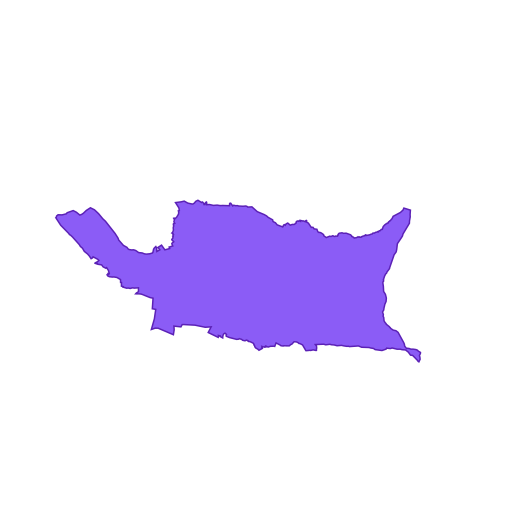 Miercurea Ciuc, Harghita, Romania (Equal Earth projection), rotated 209°
{"feature_id": "2599482B30524546463793", "entity_name": "Miercurea Ciuc", "entity_type": "district", "adm_level": 2, "iso_a3": "ROU", "parent_name": "Romania", "parent_adm1": "Harghita", "projection": "equal_earth", "projection_center": [25.758, 46.338], "detail": "fine", "context": "isolated", "style": "filled", "palette": "violet", "viewbox_px": 512, "rotation_deg": 209, "n_neighbors": 0, "source": "geoboundaries", "source_scale": "gbopen_adm2", "svg_char_len": 6126}
<svg xmlns="http://www.w3.org/2000/svg" viewBox="0 0 512 512"><g transform="rotate(209 256 256)"><path d="M149.9,369.6L149.7,367.5L150.8,364.1L155.3,357.2L155.1,354.4L155.4,353.9L155.6,352.0L156.1,351.5L156.2,350.7L156.6,350.1L156.4,349.0L157.2,348.4L157.2,347.8L158.1,346.7L158.1,346.3L158.4,345.9L159.0,343.5L158.5,340.5L159.3,340.0L159.7,338.3L160.3,337.9L160.7,337.2L160.6,336.5L161.5,336.3L161.7,335.6L162.8,334.8L163.6,333.4L164.8,332.8L165.2,331.4L166.0,330.8L166.9,329.6L168.8,328.0L170.3,327.6L170.0,327.1L170.6,326.9L171.2,326.3L171.2,325.9L172.2,325.2L172.4,324.6L173.2,324.0L173.2,323.3L174.3,322.7L174.7,322.9L175.3,322.3L176.1,322.3L176.3,321.7L177.4,320.4L178.6,319.6L178.8,319.3L179.8,319.7L181.8,319.5L182.1,320.0L183.6,320.4L188.1,319.7L190.6,318.2L192.0,318.0L194.1,316.4L194.5,315.8L194.6,315.2L194.3,314.4L194.7,313.9L194.3,313.0L194.5,312.7L196.1,312.0L196.4,311.4L197.2,311.0L198.6,311.0L199.9,309.4L201.1,309.1L203.5,306.2L206.6,306.6L206.9,307.2L208.0,307.6L210.1,307.8L211.7,307.6L212.3,307.1L213.7,307.2L215.7,308.9L218.3,307.9L220.0,308.7L221.1,308.2L221.5,307.8L226.0,310.1L227.4,310.3L228.6,310.2L228.8,311.4L229.3,311.5L229.6,310.9L229.1,310.6L229.5,309.9L231.8,309.6L232.5,309.0L232.8,309.1L234.6,308.6L234.1,307.9L234.9,307.9L235.5,307.5L235.5,307.1L236.6,306.8L237.1,306.2L237.4,305.7L236.9,304.3L237.4,303.7L237.5,302.7L237.9,302.1L239.6,301.2L241.0,299.6L244.2,300.2L245.2,298.8L245.4,297.0L246.4,297.2L246.7,296.8L246.9,295.9L246.6,295.1L246.7,294.4L247.3,294.3L252.6,293.5L255.1,294.5L257.8,294.4L259.0,295.7L264.2,295.7L266.2,296.2L269.0,296.2L276.4,295.4L283.4,297.0L286.9,294.8L287.8,295.0L289.1,294.8L291.5,293.2L295.4,291.3L296.6,291.1L298.2,290.1L300.1,289.6L300.6,288.5L303.7,289.9L304.2,289.7L304.5,289.2L303.6,287.1L309.5,284.1L311.8,282.7L314.6,281.7L317.8,279.6L321.6,278.5L324.1,276.9L324.8,278.5L325.5,279.2L325.8,278.9L326.1,277.5L325.7,276.3L326.3,275.8L327.2,276.6L328.6,277.2L329.2,277.2L329.5,276.4L333.8,276.6L335.2,274.6L335.6,272.3L336.4,270.9L337.0,270.5L341.3,269.2L345.4,269.2L347.7,267.1L352.3,263.7L346.8,260.7L345.1,258.6L345.8,257.8L344.8,256.9L344.6,256.1L344.1,255.3L344.2,251.7L344.9,249.3L346.0,249.5L346.3,249.1L345.4,248.6L344.8,247.7L344.4,246.1L342.9,245.2L343.7,244.3L343.4,244.1L343.5,243.3L342.6,242.5L342.2,240.8L341.3,239.3L340.8,238.8L340.4,236.6L340.7,235.3L339.5,235.4L339.4,234.8L338.4,234.6L338.5,233.0L337.8,232.8L337.8,232.1L337.4,231.5L337.7,229.7L337.2,229.2L336.1,229.1L335.3,228.4L334.9,228.4L335.6,226.8L335.6,225.9L333.7,224.4L336.3,221.7L335.1,220.7L338.7,217.2L343.9,219.7L345.9,216.0L343.1,214.8L344.9,211.9L346.7,214.7L348.2,215.7L348.8,213.8L348.9,212.3L348.0,209.4L348.0,208.5L349.9,206.5L352.8,204.5L354.6,203.8L357.0,203.5L360.3,202.1L363.8,202.5L366.0,202.1L367.9,200.9L370.4,200.1L371.3,200.2L373.1,201.0L377.1,201.0L383.8,203.4L385.4,204.8L390.2,207.4L404.5,213.4L408.1,214.3L414.2,216.7L417.7,217.6L419.7,218.1L424.2,217.9L426.5,213.6L427.7,209.7L428.7,207.8L429.9,206.4L434.3,207.2L437.9,207.1L441.9,202.6L442.3,201.9L442.3,201.1L442.8,200.5L445.6,197.9L449.1,196.1L449.8,194.3L449.4,192.7L449.6,192.4L441.7,188.2L430.6,184.9L429.6,184.3L428.2,184.3L425.8,183.7L416.1,180.3L414.2,179.2L411.6,178.7L408.4,176.8L404.3,176.1L401.8,175.2L398.9,173.7L398.1,175.1L398.1,176.3L392.8,176.4L391.3,176.0L391.7,174.5L393.0,172.5L392.5,172.5L392.6,172.2L391.2,172.5L391.1,172.2L393.2,171.8L393.2,171.6L390.3,172.1L386.7,173.4L384.5,172.4L381.4,172.5L381.0,173.4L378.1,171.8L376.0,169.7L376.9,169.0L376.0,168.6L377.1,167.3L376.0,166.7L374.2,166.8L371.5,167.9L370.1,168.8L367.2,169.8L363.5,169.7L363.1,169.7L361.6,167.2L360.8,167.6L359.1,164.4L357.5,164.8L357.4,164.3L353.6,165.1L352.1,166.1L350.3,166.6L348.6,168.3L346.9,168.9L343.4,171.2L341.5,167.8L342.7,165.6L342.9,164.6L339.3,166.5L337.7,167.1L328.4,168.3L325.6,169.2L321.1,159.6L317.8,160.7L314.4,151.7L311.9,141.0L309.2,144.0L306.6,145.4L290.1,147.1L291.8,151.8L293.8,154.9L287.3,157.6L287.3,160.2L286.2,160.9L275.9,165.9L265.8,169.1L260.9,172.3L260.7,165.9L249.6,166.5L249.8,167.5L250.4,168.3L248.5,168.8L248.3,168.2L245.4,168.2L246.3,170.2L246.5,171.8L246.4,172.4L245.7,173.5L243.8,173.1L243.8,172.5L243.3,171.5L243.0,171.4L239.7,171.8L232.5,173.7L230.8,174.9L230.6,175.6L228.1,176.1L226.9,175.8L224.8,176.4L224.0,177.0L223.8,177.7L223.1,177.9L222.0,178.1L221.8,177.7L221.1,177.6L219.7,178.2L216.3,178.4L214.9,177.8L214.8,177.3L213.7,176.8L213.0,176.0L211.6,175.4L209.3,175.4L207.7,175.0L205.8,178.0L206.4,178.4L206.6,179.2L206.4,179.2L207.0,179.8L204.3,180.4L203.8,180.8L204.4,180.9L203.9,182.0L201.3,182.2L199.6,184.0L196.6,185.8L195.8,186.0L196.3,189.7L191.6,189.8L190.7,189.6L188.5,190.5L188.3,190.9L183.9,193.2L183.2,193.7L182.7,195.5L182.0,196.0L181.1,199.5L178.9,200.5L177.0,200.6L176.1,200.3L175.0,200.7L172.2,200.8L166.5,197.4L165.9,197.7L163.2,199.6L162.4,199.9L160.5,201.6L157.6,202.5L157.4,202.9L158.2,204.2L158.2,204.8L159.9,207.2L160.6,207.0L161.2,207.3L154.0,211.7L152.0,212.1L148.6,214.6L147.1,214.9L144.5,216.1L141.6,216.8L137.9,219.3L135.5,220.0L132.6,221.1L131.6,221.8L130.3,222.1L122.8,227.0L119.4,227.4L112.7,230.8L111.2,231.1L108.4,232.1L106.4,231.9L100.0,234.4L97.1,237.6L97.1,238.7L93.6,240.2L92.4,241.5L87.4,242.9L84.5,244.5L83.0,244.8L79.7,246.3L76.3,245.8L72.8,244.2L70.8,245.0L64.5,243.1L63.0,242.4L62.2,242.4L62.4,245.2L63.7,247.1L64.7,248.0L64.9,248.9L64.9,250.3L65.4,251.4L68.0,251.5L69.1,251.9L70.8,251.7L73.4,250.7L75.4,249.6L77.0,249.4L78.7,248.8L79.4,248.1L82.2,249.2L83.6,250.9L84.9,251.9L94.7,258.1L97.4,258.5L100.1,257.7L103.3,258.0L103.7,258.4L104.6,258.5L105.0,258.8L109.1,259.5L109.4,259.9L110.9,260.4L112.6,261.4L114.5,264.2L115.6,264.9L116.2,266.5L118.0,268.2L118.2,268.5L118.1,270.6L119.0,273.0L119.2,273.9L119.9,276.2L120.2,279.3L121.6,282.4L124.2,285.2L127.2,286.9L129.9,291.2L132.1,294.1L132.4,295.3L132.2,295.7L132.9,297.1L133.1,297.1L133.8,300.8L133.9,303.2L133.5,304.2L133.7,305.5L133.1,309.7L133.4,310.4L135.8,324.0L135.4,327.5L136.0,329.6L138.3,335.3L137.7,342.4L137.6,344.5L138.1,346.5L137.7,359.0L138.7,361.0L140.1,365.0L141.3,366.9L143.2,371.0L149.9,369.6Z" fill="#8b5cf6" stroke="#5b21b6" stroke-width="1.5"/></g></svg>